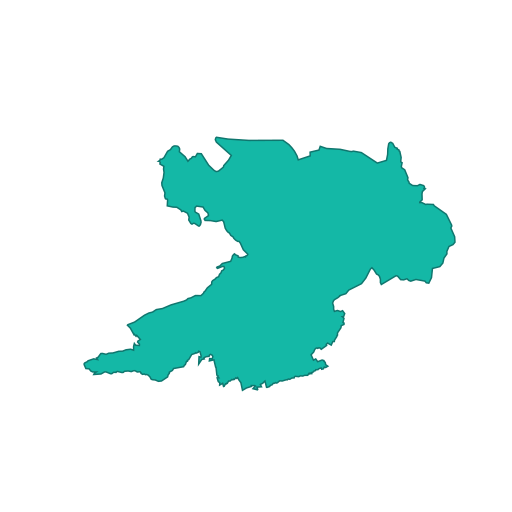 Tolimán, Jalisco, Mexico (Natural Earth projection), rotated 163°
{"feature_id": "50627088B84573477365023", "entity_name": "Tolimán", "entity_type": "district", "adm_level": 2, "iso_a3": "MEX", "parent_name": "Mexico", "parent_adm1": "Jalisco", "projection": "natural_earth1", "projection_center": [-103.885, 19.545], "detail": "fine", "context": "isolated", "style": "filled", "palette": "teal", "viewbox_px": 512, "rotation_deg": 163, "n_neighbors": 0, "source": "geoboundaries", "source_scale": "gbopen_adm2", "svg_char_len": 6103}
<svg xmlns="http://www.w3.org/2000/svg" viewBox="0 0 512 512"><g transform="rotate(163 256 256)"><path d="M321.5,375.1L320.7,374.7L320.2,373.4L321.0,372.1L317.9,368.7L319.0,366.2L319.5,362.8L321.9,357.6L324.7,353.6L325.3,350.9L324.6,343.0L325.9,340.1L325.9,337.8L325.8,337.1L324.2,336.2L324.2,335.3L326.2,329.9L321.2,327.1L317.5,325.8L314.4,322.1L314.0,320.2L312.3,320.2L309.0,316.9L308.6,312.7L309.8,310.1L308.8,306.2L307.9,305.2L306.3,305.6L305.1,305.1L302.1,301.4L301.4,301.2L300.0,302.2L298.7,304.3L298.4,305.7L298.5,312.8L301.1,315.6L301.4,316.5L300.2,320.1L298.2,321.1L292.3,318.3L291.4,314.5L289.4,311.3L289.5,309.4L289.7,308.5L294.1,307.1L294.7,306.5L294.3,304.9L289.0,303.1L284.1,300.6L277.8,300.2L276.9,298.2L277.3,291.6L276.6,288.7L275.6,286.6L274.7,285.8L274.1,283.1L272.3,280.9L272.0,279.3L270.8,277.1L269.2,275.3L267.9,274.9L267.2,272.8L266.3,265.7L263.3,260.1L263.5,259.7L264.5,259.0L265.8,259.0L266.3,258.2L267.3,258.8L268.5,258.5L271.5,259.1L273.3,260.1L273.1,261.4L275.7,263.5L275.8,264.3L276.8,264.1L278.6,262.8L279.5,261.0L281.8,258.3L290.4,258.7L293.6,257.0L296.4,256.9L297.0,256.3L296.4,255.4L291.3,255.8L289.8,255.4L289.6,253.6L291.2,252.2L293.2,251.8L294.3,250.2L296.2,249.2L297.8,247.1L300.2,246.9L301.8,245.9L304.7,245.1L305.9,244.1L306.7,241.9L311.8,239.8L315.0,237.3L316.4,236.7L317.0,235.8L320.2,234.2L325.5,235.9L330.5,235.0L333.5,235.2L335.2,234.3L338.2,233.9L351.4,234.1L360.8,233.1L367.0,233.9L371.4,232.6L375.1,232.8L379.9,232.0L391.5,228.3L398.6,227.8L399.2,227.4L397.3,223.9L395.7,216.5L395.3,216.8L394.2,214.3L393.3,215.0L391.0,210.0L393.9,209.1L394.4,208.3L393.2,205.8L393.7,204.5L397.2,205.9L397.9,207.9L399.5,205.3L400.6,201.7L403.1,203.5L407.7,204.3L411.5,204.0L415.1,205.0L421.2,205.1L425.2,206.1L428.1,205.8L431.3,207.7L432.9,208.1L436.7,205.3L438.3,205.1L437.8,203.3L441.3,205.1L447.3,204.9L448.1,204.3L451.1,203.8L451.8,203.3L452.1,202.4L451.6,198.1L448.6,196.9L447.6,194.3L446.1,192.9L442.6,191.8L444.8,191.1L445.8,190.1L438.7,188.5L434.7,189.4L433.3,189.0L429.6,186.0L428.4,185.6L426.2,186.4L423.8,185.6L423.4,186.1L422.2,186.1L418.2,183.7L416.9,183.5L415.5,184.2L411.8,183.4L409.1,181.9L406.7,182.1L405.2,181.7L403.5,179.8L400.7,179.2L400.1,177.9L400.3,177.4L399.1,176.0L397.3,175.8L396.4,174.8L395.3,174.7L394.1,173.8L392.8,171.5L392.3,168.9L391.4,168.1L388.6,166.9L386.0,164.7L382.9,164.1L375.9,166.2L374.8,168.0L373.2,169.1L372.9,170.2L369.4,171.0L367.7,172.5L357.6,171.3L356.4,172.5L355.3,172.8L353.5,175.3L352.3,175.4L352.2,176.2L350.6,176.6L346.3,180.6L342.7,180.7L342.1,181.2L341.4,180.6L339.4,180.8L338.7,181.7L337.6,180.9L337.7,176.4L338.3,175.3L339.9,176.4L342.4,169.4L338.1,172.9L335.6,172.7L335.8,173.7L335.0,174.0L333.4,174.3L330.2,173.8L329.4,174.9L328.3,175.3L326.8,173.8L326.7,172.4L328.0,170.4L330.3,171.5L331.3,169.3L326.6,169.0L327.1,161.5L326.8,161.2L328.2,153.8L328.1,152.8L327.4,152.5L327.7,151.7L327.2,150.4L328.8,150.8L328.8,146.9L327.7,145.4L328.5,143.2L325.1,144.0L325.2,140.7L324.5,140.7L322.5,142.7L322.0,142.3L321.2,142.9L320.7,142.6L318.8,144.4L317.2,144.0L315.2,145.0L314.3,144.3L313.4,144.8L312.8,144.3L310.9,145.4L310.2,144.5L309.1,145.1L308.6,142.5L307.5,139.3L308.2,131.5L303.6,132.6L298.5,132.6L298.4,133.5L295.1,132.5L294.6,131.9L297.7,130.0L293.8,127.6L293.4,127.8L293.4,130.3L289.0,129.3L289.4,131.9L286.9,132.3L284.0,133.8L284.3,127.3L283.7,127.1L281.1,127.2L280.1,128.1L278.3,128.1L276.7,129.2L275.9,128.9L274.2,129.2L273.9,128.6L272.7,128.5L269.8,129.7L267.5,128.8L263.1,128.8L262.4,128.4L261.1,128.9L259.7,128.2L257.5,128.8L255.1,128.3L254.6,129.2L253.7,129.5L250.4,128.1L248.5,128.4L246.3,127.5L244.6,127.7L241.4,126.8L239.8,128.2L239.3,127.6L238.6,128.2L238.2,127.6L237.5,128.0L237.5,127.3L237.0,127.2L236.8,128.1L234.7,128.5L234.1,129.1L232.6,129.0L232.1,129.8L230.0,129.2L229.2,129.8L226.8,129.9L226.3,129.8L226.3,128.5L224.5,128.4L223.2,129.8L222.0,129.0L219.5,129.6L221.5,132.2L221.1,132.0L220.9,133.6L221.4,135.3L221.8,135.4L221.7,136.2L223.2,137.2L227.9,136.9L229.0,140.1L231.5,139.6L232.2,145.4L228.9,147.3L227.1,149.5L225.5,150.3L224.5,150.2L224.0,149.6L222.6,149.9L221.8,149.4L220.9,147.7L214.6,149.8L214.7,150.9L213.0,151.8L210.1,148.8L207.6,151.7L206.1,151.3L205.5,152.6L202.2,155.4L201.8,156.3L201.2,156.5L200.6,158.6L195.8,162.5L194.8,164.5L191.9,164.8L191.4,166.1L192.3,167.0L190.1,170.6L191.2,172.7L190.0,172.4L188.0,175.0L189.2,178.4L191.3,178.1L194.1,180.1L197.2,180.1L197.3,182.4L196.5,185.0L196.5,188.6L194.8,190.7L193.4,191.4L190.0,192.2L187.5,193.2L187.5,193.6L181.1,193.7L177.2,196.3L163.2,198.7L157.4,202.8L150.5,210.0L148.6,210.9L147.2,208.0L146.0,203.5L144.5,202.0L143.9,200.4L143.8,197.5L144.8,194.2L144.5,192.1L127.8,196.2L126.4,195.3L124.6,191.1L121.7,190.0L118.3,190.1L117.0,187.9L115.4,186.7L109.9,186.8L101.8,182.6L101.0,180.6L98.7,179.5L94.5,184.0L90.9,192.5L83.3,192.1L79.4,194.6L76.9,199.0L72.8,202.2L72.2,204.5L68.7,208.7L64.3,209.3L61.7,211.0L60.4,216.3L61.5,225.8L60.0,227.4L59.9,228.4L61.8,240.2L70.9,251.9L71.3,253.4L77.5,255.6L78.6,255.6L81.8,258.6L83.8,259.2L83.5,259.8L80.7,261.1L79.1,266.9L78.0,269.0L74.5,270.8L75.6,271.5L74.7,272.4L74.8,273.5L75.1,274.3L78.3,276.5L81.1,276.0L85.6,277.6L88.2,280.7L88.1,282.0L88.8,284.4L87.8,286.5L88.6,295.0L90.8,297.7L90.9,299.0L89.0,302.5L89.9,303.5L89.9,304.2L88.4,307.8L87.9,314.0L88.4,314.5L88.3,315.6L89.8,317.0L89.4,317.7L91.5,319.4L92.3,323.7L93.8,325.4L95.2,325.3L96.3,324.5L98.6,319.9L100.4,314.7L103.3,309.3L112.8,309.4L125.0,324.1L132.2,327.8L134.1,327.9L135.7,328.6L144.3,333.4L157.1,338.2L162.5,342.1L164.8,338.9L173.9,339.5L174.9,335.9L187.5,335.6L187.5,339.7L188.6,345.0L190.1,349.1L192.0,353.0L196.4,358.8L229.0,368.6L248.6,376.0L259.1,381.1L260.0,380.6L260.9,379.1L260.6,376.5L250.2,359.4L254.2,355.7L260.4,351.9L261.2,350.5L267.2,348.1L269.5,348.4L271.2,350.3L274.7,356.6L278.4,369.8L282.1,371.2L284.9,368.6L287.1,369.5L288.1,369.3L289.2,368.3L290.8,368.1L293.4,366.5L294.8,371.7L298.8,378.1L297.7,380.6L297.9,382.3L298.7,383.8L300.5,384.7L302.1,385.2L304.0,384.8L306.8,382.7L309.9,382.0L315.3,376.9L317.9,376.1L319.3,376.6L319.9,375.6L321.5,375.1Z" fill="#14b8a6" stroke="#0f766e" stroke-width="1.5"/></g></svg>